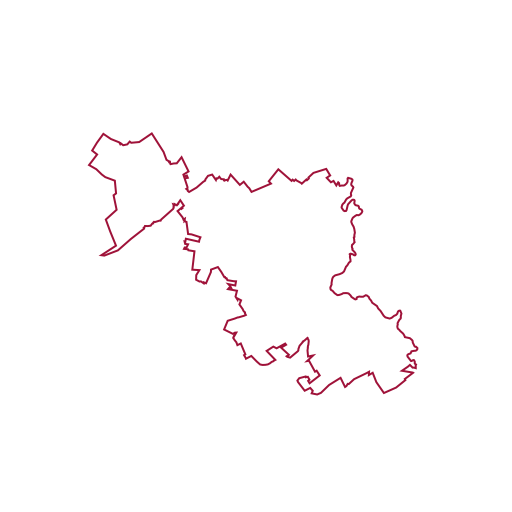 Sedibeng, Gauteng, South Africa (Albers equal-area conic projection), rotated 233°
{"feature_id": "47623444B84489694859974", "entity_name": "Sedibeng", "entity_type": "district", "adm_level": 2, "iso_a3": "ZAF", "parent_name": "South Africa", "parent_adm1": "Gauteng", "projection": "albers", "projection_center": [28.102, -26.548], "detail": "fine", "context": "isolated", "style": "outline", "palette": "rose", "viewbox_px": 512, "rotation_deg": 233, "n_neighbors": 0, "source": "geoboundaries", "source_scale": "gbopen_adm2", "svg_char_len": 6104}
<svg xmlns="http://www.w3.org/2000/svg" viewBox="0 0 512 512"><g transform="rotate(233 256 256)"><path d="M130.0,213.7L119.1,213.8L118.0,219.9L114.2,220.2L112.8,217.8L108.6,221.5L107.6,225.5L109.0,236.8L107.8,250.2L97.8,248.3L97.7,249.9L98.7,252.3L97.9,253.0L98.6,260.2L95.9,273.9L95.5,276.6L93.0,274.5L92.5,278.9L82.8,276.2L69.6,275.7L66.6,288.7L67.0,300.6L68.2,300.8L68.2,311.2L68.5,311.1L76.5,303.5L76.2,310.8L76.4,313.4L72.6,313.9L71.9,314.9L70.3,316.1L72.5,317.7L73.0,318.5L73.9,318.1L74.8,318.2L76.0,319.2L77.6,319.5L77.9,319.4L78.3,318.8L78.5,317.1L78.8,316.6L84.4,316.5L85.5,317.0L85.9,317.6L85.9,318.6L85.2,320.8L86.3,322.8L85.1,325.3L84.3,326.4L84.1,327.5L84.5,328.8L85.4,329.5L87.2,329.2L87.6,328.6L88.4,328.3L92.5,329.1L94.0,330.0L95.2,330.0L97.8,329.4L101.6,326.1L103.2,326.6L105.5,326.8L109.5,326.0L110.8,326.0L112.3,325.6L113.5,325.8L114.9,326.6L116.1,328.1L116.7,328.3L117.3,328.9L118.7,331.9L119.0,333.8L119.4,334.4L121.0,335.6L122.5,337.5L125.5,338.3L126.1,337.6L126.3,336.6L126.1,335.8L124.9,334.1L124.7,333.0L124.6,332.2L125.1,330.4L125.0,327.1L125.6,325.1L129.1,322.4L131.4,322.0L137.1,322.4L140.6,322.0L143.2,322.5L148.7,320.7L151.2,321.1L153.7,320.9L155.4,321.4L157.7,320.8L158.6,320.1L159.0,317.0L160.2,315.4L161.4,314.2L162.0,312.7L162.2,311.5L161.1,310.4L161.5,309.3L162.1,308.9L165.9,307.6L167.4,307.8L170.2,307.4L171.0,306.9L172.2,305.6L173.8,303.3L174.0,301.6L174.8,299.1L175.5,297.8L175.9,297.4L179.0,296.4L182.1,296.2L183.7,295.5L184.8,295.6L186.2,296.5L187.7,299.2L188.9,300.0L191.8,303.1L192.6,304.4L192.9,305.4L192.9,307.6L191.2,311.8L190.5,314.7L190.7,317.0L193.3,321.5L193.5,323.1L194.8,326.3L194.8,328.2L196.0,329.1L198.7,330.4L200.0,331.7L200.9,331.8L201.1,332.0L201.0,332.8L200.5,333.3L199.0,334.4L197.8,334.7L197.3,335.0L196.9,335.7L197.2,336.5L198.2,337.0L199.6,337.1L203.0,336.7L203.9,337.6L204.7,337.6L206.1,338.4L207.1,339.5L207.1,340.6L207.7,343.1L208.8,343.4L209.8,344.2L212.0,345.3L212.0,346.1L213.5,347.1L215.1,349.0L218.5,350.8L220.7,351.6L223.4,351.9L225.6,352.5L226.4,353.0L228.0,355.7L228.3,356.7L228.3,359.5L228.1,361.1L226.8,362.5L226.6,363.8L226.7,365.5L227.0,366.6L227.6,367.7L228.2,368.0L229.4,368.2L231.5,367.1L232.4,367.2L233.7,367.9L234.6,367.8L236.7,366.1L237.8,366.0L239.0,366.2L240.7,368.0L241.6,368.2L242.1,367.9L242.8,367.0L242.9,365.8L241.9,360.7L241.3,359.7L238.2,356.0L237.8,355.0L238.5,353.8L239.5,353.3L242.7,353.4L243.5,353.7L245.0,355.8L245.4,357.3L245.4,358.7L246.9,362.0L247.1,363.6L246.6,367.5L246.9,368.1L247.2,368.6L248.6,369.2L249.3,369.9L252.1,375.0L252.9,375.2L254.9,374.8L256.0,375.2L256.8,376.1L258.1,378.4L259.0,379.0L260.2,378.7L263.0,376.6L262.8,375.8L260.6,374.2L260.0,373.4L259.4,371.8L259.2,369.4L259.5,368.5L260.7,366.9L261.6,365.1L262.6,365.2L264.2,366.2L265.4,366.0L264.0,362.6L269.3,363.1L269.8,360.2L275.9,359.5L275.7,363.7L283.3,364.5L287.8,351.9L287.1,345.1L286.1,344.8L285.9,342.3L286.8,342.3L286.2,336.1L287.1,336.0L292.0,333.8L293.2,333.7L293.0,331.6L294.9,331.2L294.6,329.6L311.8,326.0L308.0,311.2L304.8,311.5L309.9,291.0L314.2,291.4L316.3,291.0L322.7,290.9L322.5,285.9L336.3,284.7L333.3,278.8L333.8,278.7L334.0,279.2L335.0,277.3L335.1,276.2L335.6,275.9L336.6,276.5L338.0,274.9L338.8,274.4L341.4,274.4L341.0,271.9L341.7,271.4L341.8,271.1L340.8,269.7L347.4,270.0L348.9,265.9L347.6,261.6L346.8,260.8L347.0,258.5L346.4,249.7L347.4,241.1L349.0,240.7L350.3,241.4L350.8,240.8L351.5,240.7L351.4,241.5L351.2,241.6L352.1,242.7L360.9,245.7L359.5,248.6L361.9,249.2L362.7,246.3L364.7,247.0L364.1,253.0L379.7,256.0L377.7,248.5L379.4,246.0L380.8,243.0L381.5,243.1L383.2,244.1L383.5,243.9L383.2,243.6L383.3,243.1L384.3,243.3L386.7,242.4L394.7,244.8L416.6,246.5L417.3,231.3L421.5,224.5L423.4,224.0L422.6,220.4L424.4,216.6L427.4,215.8L427.1,214.9L429.0,215.2L436.8,210.5L445.4,207.6L442.2,197.2L438.8,188.6L432.7,190.2L429.1,177.4L421.4,180.7L413.9,181.9L409.7,183.1L401.1,188.6L390.2,181.9L390.2,178.8L376.8,172.5L375.5,158.0L363.6,154.4L348.5,150.4L349.7,133.0L347.6,135.1L343.6,149.1L344.9,166.4L345.2,183.1L346.2,183.4L346.1,184.2L346.8,185.4L345.0,187.6L343.6,190.1L344.3,192.5L343.9,193.5L344.5,193.9L344.7,195.1L343.9,195.8L342.0,201.1L341.7,201.2L342.2,202.3L343.5,218.2L344.1,219.3L344.4,219.3L345.1,220.1L345.1,219.9L346.2,220.8L346.9,221.0L345.8,221.6L346.5,222.2L344.1,223.3L344.4,225.0L344.7,224.9L346.1,229.1L339.6,228.7L339.4,226.2L338.5,226.1L338.5,224.9L339.3,225.0L339.1,220.4L331.0,220.6L328.7,220.0L328.6,221.6L326.9,219.9L326.9,220.4L326.4,220.2L325.6,220.5L325.1,221.0L314.4,215.0L312.1,217.5L304.4,222.9L302.9,220.4L301.7,219.1L312.0,210.4L310.0,208.2L310.6,207.7L308.3,206.7L306.2,208.8L304.6,205.6L305.7,204.2L305.0,202.8L302.3,205.7L301.3,205.4L296.8,209.7L283.4,196.9L278.8,202.3L276.7,196.8L273.1,193.9L269.6,195.5L268.9,196.7L265.6,197.8L266.3,198.5L264.3,199.7L270.3,210.3L272.2,211.9L270.1,218.9L264.2,218.7L258.2,218.0L257.3,219.3L257.4,219.1L256.4,218.4L255.8,219.1L253.9,218.6L249.3,223.0L247.8,224.8L244.9,221.7L250.2,217.0L247.5,217.3L245.8,217.0L246.4,216.7L246.8,215.6L246.4,213.7L239.7,219.9L235.9,215.2L232.2,214.9L233.0,215.8L229.6,217.4L227.3,213.6L221.5,213.4L220.0,213.0L218.7,213.0L217.6,213.3L216.9,212.7L215.0,212.4L215.5,210.4L217.5,205.1L218.0,204.3L218.8,201.4L221.3,194.4L216.5,186.3L207.7,190.7L207.5,193.0L206.7,194.2L205.0,190.2L205.3,190.1L204.3,188.5L201.4,188.3L198.9,188.4L196.0,187.5L195.3,191.2L183.9,188.3L184.0,186.8L180.6,186.4L180.0,186.2L179.0,192.1L171.3,193.1L166.9,194.0L165.1,195.6L163.5,197.9L162.3,200.2L161.9,202.6L162.0,204.7L161.5,206.6L161.7,207.2L161.4,208.9L173.8,207.4L173.2,215.3L169.9,216.9L168.5,226.6L167.0,226.6L167.7,220.9L157.3,222.8L157.1,220.8L157.5,220.4L157.5,220.1L156.7,220.3L154.3,222.1L154.8,232.2L155.2,233.1L156.2,233.9L158.1,236.8L159.2,241.9L159.5,242.0L159.3,243.8L159.7,248.8L159.5,247.5L157.6,247.5L156.3,246.9L153.5,244.3L153.0,243.5L151.8,242.3L151.6,242.3L149.6,240.3L144.4,237.1L142.2,241.7L141.3,233.6L140.4,235.3L128.1,233.5L127.9,235.4L122.3,235.0L122.1,222.2L124.9,222.5L125.0,224.2L128.3,224.7L129.2,222.8L129.9,223.1L132.4,217.0L131.6,214.1L130.0,213.7Z" fill="none" stroke="#9f1239" stroke-width="2"/></g></svg>